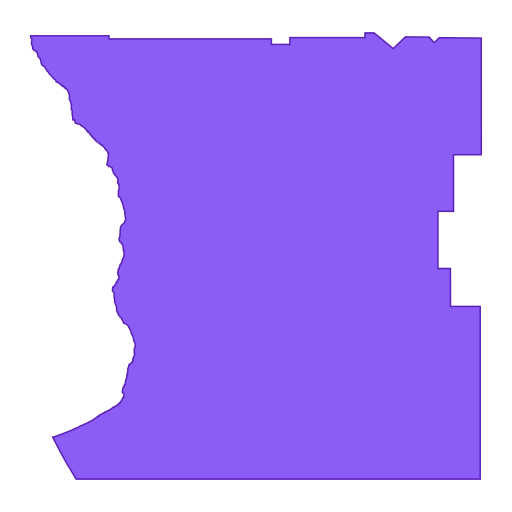 96, Ar Rayyān, Qatar (Robinson projection)
{"feature_id": "91078587B9070844542382", "entity_name": "96", "entity_type": "district", "adm_level": 2, "iso_a3": "QAT", "parent_name": "Qatar", "parent_adm1": "Ar Rayyān", "projection": "robinson", "projection_center": [50.859, 24.856], "detail": "fine", "context": "isolated", "style": "filled", "palette": "violet", "viewbox_px": 512, "rotation_deg": 0, "n_neighbors": 0, "source": "geoboundaries", "source_scale": "gbopen_adm2", "svg_char_len": 5219}
<svg xmlns="http://www.w3.org/2000/svg" viewBox="0 0 512 512"><path d="M480.2,479.1L480.2,306.4L450.5,306.4L450.4,268.5L437.9,268.5L437.9,211.3L453.5,211.3L453.5,154.7L481.3,154.7L481.2,38.1L439.3,37.7L434.2,42.7L429.2,37.1L405.4,36.9L393.2,48.6L374.1,32.9L365.0,32.9L365.0,37.6L289.9,37.6L289.9,44.4L271.4,44.4L271.4,38.9L109.0,38.9L109.0,35.8L30.7,35.8L30.7,37.6L31.9,39.3L31.5,42.6L31.7,44.9L32.5,46.0L32.7,48.8L32.9,49.1L33.7,49.3L33.9,50.2L34.1,50.4L35.7,50.8L35.9,51.0L36.0,51.6L36.3,51.7L36.4,51.8L36.9,51.8L38.2,56.9L39.8,58.1L41.0,61.4L41.0,62.3L41.8,64.8L42.8,65.8L44.8,66.5L45.0,67.7L45.7,68.5L46.5,69.8L46.9,70.8L47.4,71.4L47.6,71.6L47.9,71.7L48.5,72.3L49.3,74.0L50.3,74.6L51.3,75.6L52.3,77.1L53.6,78.2L54.2,79.2L55.0,79.6L56.0,80.7L56.2,81.9L58.2,82.5L59.0,83.4L60.5,83.8L60.7,84.0L60.7,84.8L61.3,85.5L62.9,85.7L62.9,86.5L64.5,86.9L64.5,87.8L65.3,87.7L65.5,88.6L67.5,89.8L68.2,91.9L68.6,92.3L68.6,93.2L69.0,93.6L69.4,94.9L69.4,99.5L71.0,102.8L71.0,104.0L71.4,105.3L71.4,109.5L72.2,110.7L72.2,114.9L72.6,115.8L72.8,119.9L74.8,119.9L75.0,122.4L75.6,123.1L77.5,123.9L79.9,124.3L80.1,124.5L80.6,125.2L80.9,125.2L81.4,125.8L81.7,126.0L82.0,126.2L83.9,127.4L84.1,127.7L84.6,127.9L84.7,128.1L84.8,128.1L86.0,129.6L86.8,130.4L86.9,130.8L87.2,131.2L87.8,131.2L87.8,132.0L88.6,132.2L89.2,132.9L89.4,133.5L89.8,133.8L90.2,134.8L91.4,135.0L91.8,136.7L92.2,136.7L92.8,137.5L93.5,137.9L93.7,138.7L94.7,139.0L95.3,139.1L95.1,140.0L96.5,141.4L98.1,142.3L99.6,143.9L100.8,144.1L101.0,145.0L101.4,145.2L101.8,145.3L102.1,145.3L102.4,145.6L103.2,145.8L103.4,146.7L105.0,148.3L105.0,148.8L105.4,149.3L105.7,149.7L106.0,149.8L106.5,150.4L106.8,150.4L107.4,151.5L107.9,152.9L108.0,153.1L108.7,153.3L108.5,153.8L107.7,161.3L106.8,164.7L107.5,164.8L107.9,165.7L108.7,166.5L109.4,166.6L111.1,167.1L111.5,167.1L111.6,167.4L111.8,167.7L112.2,168.2L112.2,168.8L112.5,169.2L112.4,170.1L112.7,170.7L112.9,171.1L113.1,171.1L113.3,171.3L113.3,172.6L114.1,173.8L114.5,174.6L115.0,174.7L115.1,175.0L115.9,176.1L116.8,177.2L117.5,178.1L117.9,179.9L117.9,180.1L118.0,180.5L117.5,182.8L118.0,183.4L118.2,183.8L118.7,184.1L118.7,184.3L119.0,184.3L119.2,188.4L118.4,191.0L118.4,196.1L118.8,196.8L120.0,197.6L120.6,198.3L120.8,198.5L120.8,199.3L122.8,203.9L122.8,204.7L123.2,205.2L123.5,206.4L123.5,207.7L124.7,211.0L124.9,211.7L124.9,213.2L124.9,214.4L125.1,215.1L125.6,218.8L125.4,219.4L125.5,220.2L124.7,221.5L124.7,222.3L124.5,222.7L123.3,223.7L122.7,224.2L121.8,225.2L121.3,225.7L120.4,227.7L120.3,228.6L120.0,235.3L119.6,237.4L119.2,237.8L119.0,238.9L119.6,241.5L119.8,241.8L120.6,242.0L121.3,243.4L121.9,244.0L122.0,244.1L122.5,244.5L122.8,244.9L123.2,247.8L123.4,250.7L123.5,250.9L123.7,251.2L124.2,251.2L124.1,254.1L124.0,254.5L124.0,255.8L122.8,259.1L122.4,259.5L121.6,262.9L121.2,263.3L121.0,264.1L120.4,264.1L120.1,264.6L119.7,266.6L119.3,267.0L119.1,269.1L118.3,269.1L118.1,271.6L117.7,272.1L117.7,273.7L118.1,275.0L118.7,275.4L118.9,275.8L118.7,279.6L117.5,280.0L117.1,282.1L116.3,282.1L115.7,284.2L114.2,285.9L113.6,287.1L112.8,287.1L112.4,290.9L114.1,292.6L114.2,298.0L114.6,299.2L114.6,301.8L115.0,302.2L115.0,302.6L115.4,304.3L115.8,304.7L116.2,306.0L116.6,307.2L116.6,310.1L116.9,310.5L116.9,311.6L117.0,311.6L117.6,312.2L117.7,312.6L117.7,312.9L117.8,313.4L118.3,314.0L118.5,314.7L119.3,316.0L120.1,316.8L120.7,317.4L121.7,318.5L121.7,319.3L122.9,321.0L123.7,323.1L123.9,323.3L124.3,323.4L125.0,323.5L126.2,324.1L127.0,324.8L127.8,325.3L128.3,326.2L128.7,327.2L128.8,327.2L128.8,327.3L129.1,327.8L129.6,328.8L130.2,329.5L130.4,329.8L130.4,330.6L131.1,331.8L131.1,332.8L131.3,333.1L131.3,333.7L132.3,335.2L133.5,338.1L133.5,339.8L133.9,340.6L133.9,341.1L134.7,342.3L135.3,344.7L135.1,345.7L135.1,346.5L134.5,348.6L134.3,348.6L134.2,349.1L134.2,351.0L134.3,351.1L134.4,351.5L134.4,352.1L134.3,352.4L134.3,353.5L134.8,354.1L134.3,355.2L134.3,356.1L134.2,356.2L134.0,356.4L133.9,356.6L133.7,356.7L133.7,356.8L133.4,357.3L133.1,358.6L132.7,359.0L132.8,359.6L132.8,359.8L132.9,361.5L132.1,361.8L132.0,362.0L131.8,362.2L131.8,362.8L131.0,363.0L130.2,363.8L129.8,363.9L129.6,364.1L129.3,364.4L129.2,364.9L128.8,365.3L128.7,365.8L128.8,365.8L128.7,366.3L128.4,367.1L127.7,369.0L127.9,369.8L127.8,371.0L127.5,372.1L127.4,374.5L126.9,374.5L126.8,375.3L127.0,376.2L126.8,376.7L126.9,377.0L126.7,377.6L126.6,377.9L126.1,379.0L125.7,380.3L125.1,384.5L124.6,384.5L124.2,385.4L124.1,385.6L123.9,387.0L123.4,387.0L123.0,387.9L122.4,391.3L122.2,392.0L122.4,392.7L122.9,393.1L123.8,393.3L124.1,395.0L123.5,397.5L122.9,397.5L122.5,398.4L122.2,399.6L121.4,400.4L120.4,402.5L119.6,402.7L118.8,403.4L118.8,404.2L118.0,404.4L116.8,405.2L116.1,406.1L115.3,406.1L113.7,407.3L112.9,407.3L111.3,409.0L109.4,409.8L109.0,410.3L107.8,410.7L105.8,411.9L105.0,411.9L103.5,413.2L102.7,413.2L101.1,414.5L99.9,414.9L99.5,415.3L98.7,415.5L98.7,416.3L97.6,416.5L96.0,417.8L95.6,418.2L94.4,418.6L93.2,419.9L92.1,420.3L91.7,420.7L88.9,422.0L88.5,422.4L83.8,424.5L82.6,425.3L81.8,425.3L79.1,426.6L78.3,427.4L76.3,427.9L75.1,428.7L74.3,428.7L72.4,430.0L71.6,430.2L71.2,430.4L64.1,433.2L61.0,434.4L59.0,435.0L57.1,435.8L54.7,436.7L52.7,437.1L52.8,437.4L59.7,450.7L67.0,464.0L68.5,466.3L76.1,479.1L480.2,479.1Z" fill="#8b5cf6" stroke="#5b21b6" stroke-width="1.5"/></svg>